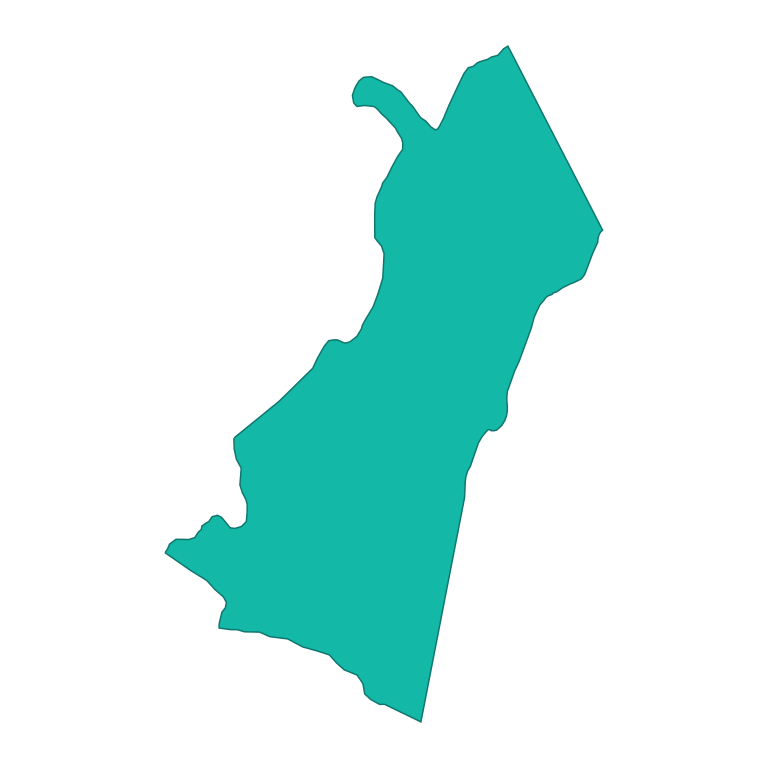 outline of Tete Morne, Choiseul, Saint Lucia
{"feature_id": "8701671B29380756423502", "entity_name": "Tete Morne", "entity_type": "district", "adm_level": 2, "iso_a3": "LCA", "parent_name": "Saint Lucia", "parent_adm1": "Choiseul", "projection": "equal_earth", "projection_center": [-61.034, 13.762], "detail": "fine", "context": "isolated", "style": "filled", "palette": "teal", "viewbox_px": 768, "rotation_deg": 0, "n_neighbors": 0, "source": "geoboundaries", "source_scale": "gbopen_adm2", "svg_char_len": 2484}
<svg xmlns="http://www.w3.org/2000/svg" viewBox="0 0 768 768"><path d="M165.5,552.0L165.4,552.9L166.6,553.8L190.8,570.6L206.8,580.5L214.9,589.5L223.5,597.0L226.4,602.5L225.3,607.9L221.9,612.2L219.1,624.0L219.1,628.0L230.3,629.6L237.4,629.7L244.5,631.8L249.8,631.9L259.5,632.1L270.0,636.7L287.6,638.9L302.9,647.0L316.3,650.7L329.4,654.9L336.5,662.9L344.3,669.9L357.0,675.0L362.9,683.5L364.7,693.9L370.6,699.4L379.6,704.4L384.5,704.3L420.1,721.5L420.9,721.9L464.5,497.9L465.0,488.0L465.2,482.1L465.8,477.0L467.6,471.1L470.4,466.3L471.2,463.8L478.4,443.0L482.1,436.6L485.7,432.2L488.2,429.6L490.0,429.8L491.4,430.7L494.2,430.7L496.8,430.0L501.6,425.6L504.7,420.8L506.5,415.8L507.3,411.4L507.3,406.1L506.8,399.7L506.9,395.8L507.4,391.2L510.0,384.1L514.8,370.5L516.9,366.1L519.2,361.1L531.1,328.6L531.8,326.2L534.0,317.6L536.6,311.7L539.9,304.9L543.8,300.5L545.6,297.8L547.7,296.1L552.2,294.3L553.0,293.0L556.6,291.9L562.6,287.7L569.6,284.2L572.9,282.9L574.4,282.3L578.6,280.3L581.5,278.7L584.6,274.6L587.1,268.2L592.6,253.5L597.7,242.3L598.0,238.6L598.7,235.7L600.3,232.4L602.6,230.1L507.9,46.1L503.6,48.8L497.9,55.3L491.5,57.0L487.7,59.3L479.9,61.7L476.9,63.1L473.3,66.4L468.3,67.7L463.8,73.8L457.5,86.9L448.6,106.1L443.6,118.2L439.5,126.2L437.5,129.1L435.2,129.8L430.8,126.9L426.0,121.3L420.6,117.7L418.4,114.6L412.6,106.3L409.4,103.0L400.8,91.8L398.3,90.3L397.8,90.0L392.8,85.9L383.2,82.3L378.1,79.7L371.7,76.7L363.7,77.3L361.7,78.8L359.2,80.8L357.0,84.2L354.8,88.3L352.4,95.4L353.7,102.9L356.9,106.4L364.4,105.5L369.9,106.0L374.2,106.6L377.1,108.8L381.6,113.9L386.4,118.2L390.1,122.3L395.2,127.7L397.3,131.6L401.5,138.3L402.8,143.0L402.6,149.5L400.0,153.1L397.7,156.4L391.5,167.8L386.8,177.5L382.6,183.1L381.6,186.7L379.7,191.0L377.0,196.9L375.2,203.1L374.7,214.7L374.8,237.6L377.4,241.2L381.6,246.2L384.1,253.7L383.8,259.3L382.8,277.8L380.7,285.0L377.7,294.6L373.2,306.7L371.1,310.2L365.9,318.8L362.3,325.4L361.5,328.7L356.9,336.4L349.7,342.0L344.9,343.1L342.5,342.2L337.5,339.9L333.7,339.9L328.7,340.7L324.2,346.3L317.8,357.5L312.7,368.3L279.3,401.1L235.1,437.1L233.9,438.9L234.2,448.8L236.4,459.2L241.2,468.1L240.7,475.0L239.9,484.9L242.4,492.8L245.8,499.3L247.2,504.2L247.1,513.3L246.3,521.7L241.4,526.5L235.0,528.4L230.1,527.8L226.1,522.8L221.6,517.4L217.5,515.3L212.2,516.7L208.8,521.6L206.2,523.0L202.0,525.9L201.3,529.4L198.2,532.3L194.8,537.6L188.8,539.5L176.0,539.3L173.4,541.2L169.6,544.1L167.3,549.5L165.5,552.0Z" fill="#14b8a6" stroke="#0f766e" stroke-width="1.5"/></svg>